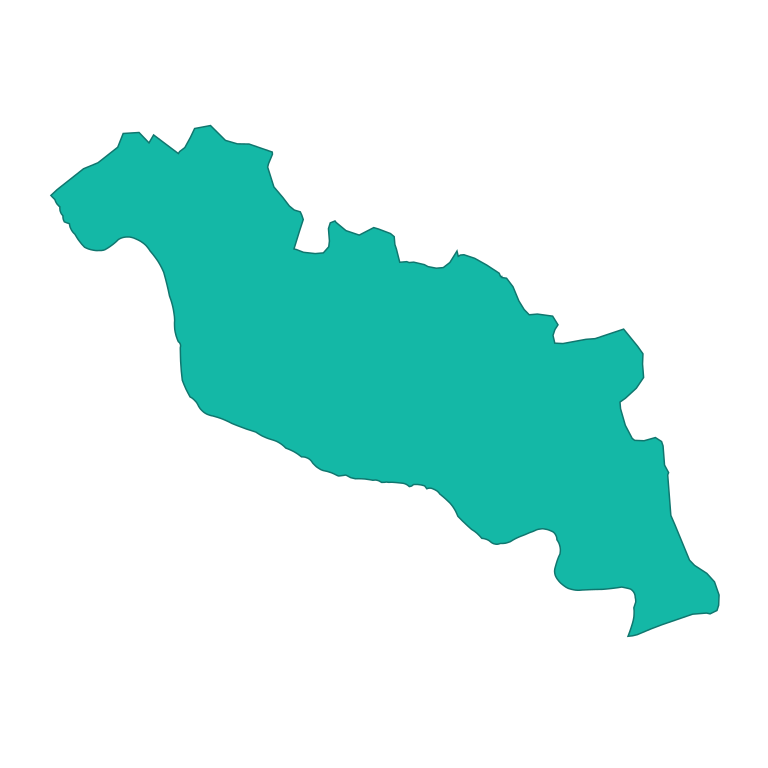 Talkha, Ad Daqahliyah, Egypt (Robinson projection), rotated 85°
{"feature_id": "37247803B18011904824806", "entity_name": "Talkha", "entity_type": "district", "adm_level": 2, "iso_a3": "EGY", "parent_name": "Egypt", "parent_adm1": "Ad Daqahliyah", "projection": "robinson", "projection_center": [31.404, 31.109], "detail": "fine", "context": "isolated", "style": "filled", "palette": "teal", "viewbox_px": 768, "rotation_deg": 85, "n_neighbors": 0, "source": "geoboundaries", "source_scale": "gbopen_adm2", "svg_char_len": 6160}
<svg xmlns="http://www.w3.org/2000/svg" viewBox="0 0 768 768"><g transform="rotate(85 384 384)"><path d="M350.2,140.5L357.2,169.7L357.1,179.0L359.3,202.2L358.2,210.3L350.3,211.4L344.7,209.0L340.2,205.5L331.1,210.1L327.7,225.1L327.7,233.3L322.0,237.9L313.0,242.4L298.4,247.0L289.3,252.7L288.2,257.3L287.1,257.3L287.1,258.5L283.7,259.6L274.6,271.1L266.7,282.7L262.2,293.1L262.2,296.6L263.3,298.9L257.9,299.7L268.7,307.8L273.2,314.8L273.2,321.8L270.9,329.9L268.6,333.4L265.2,343.8L265.2,348.4L264.1,350.7L264.1,357.7L250.5,359.9L246.0,361.0L238.1,361.0L234.7,364.4L229.1,376.0L227.3,380.6L233.5,395.7L227.9,408.5L218.8,417.7L217.3,418.6L218.8,423.5L224.4,425.8L236.8,425.9L242.5,427.1L248.1,433.0L248.1,441.1L245.8,452.7L242.4,459.6L241.6,461.9L224.4,454.9L213.1,450.1L208.6,451.2L205.2,452.4L202.9,458.2L198.4,462.8L189.4,468.5L178.1,476.5L157.8,481.0L154.4,479.8L145.4,475.1L143.2,475.1L133.2,497.5L132.0,509.1L127.5,520.7L111.4,534.3L113.0,550.4L121.2,555.2L131.1,561.8L134.6,567.3L136.5,568.8L115.8,591.8L123.3,597.1L112.1,606.1L111.7,622.0L124.9,628.6L138.7,649.7L139.0,650.7L143.4,664.6L161.8,692.6L167.1,699.4L169.1,697.9L171.6,695.8L173.1,695.4L174.2,695.0L175.3,694.5L176.3,694.0L177.7,692.9L178.6,692.2L179.3,691.4L180.3,691.6L181.3,691.6L182.9,691.6L183.9,691.4L185.3,691.0L186.3,690.6L187.1,690.1L188.4,689.2L190.3,689.3L191.7,689.2L193.0,688.9L194.6,688.3L195.8,685.9L196.9,683.4L198.7,683.3L200.5,683.0L202.2,682.4L203.9,681.7L204.9,681.1L205.9,680.5L206.9,679.7L207.8,678.9L211.3,677.2L213.4,676.1L215.5,674.8L218.4,672.9L221.6,670.4L222.6,668.8L223.7,666.7L224.6,664.4L225.3,662.1L225.9,659.7L226.1,658.1L226.2,655.8L226.4,654.1L226.3,652.6L226.2,651.6L225.8,650.1L224.3,647.0L223.2,645.0L221.4,642.0L220.1,640.1L218.8,638.3L216.9,636.0L216.1,634.2L215.7,633.0L215.4,631.7L215.2,630.4L215.1,629.1L215.1,627.7L215.2,626.4L215.3,625.1L215.6,623.8L216.0,622.6L216.7,620.7L217.3,619.6L218.0,618.3L219.0,616.5L219.9,615.1L220.8,613.8L221.9,612.5L222.9,611.3L224.1,610.1L225.3,609.0L227.3,607.6L229.4,606.3L231.1,605.4L234.7,602.9L238.2,600.7L241.8,598.6L245.5,596.8L249.3,595.2L253.5,593.7L260.7,592.4L266.3,591.5L271.9,590.7L277.7,590.0L281.1,589.1L283.8,588.5L286.5,588.0L289.2,587.6L291.9,587.3L294.6,587.1L298.7,586.9L302.4,587.0L305.0,587.4L308.0,587.6L311.0,587.7L313.9,587.5L315.9,587.2L317.9,586.9L319.9,586.4L321.8,585.9L323.9,585.2L324.4,584.7L324.9,584.2L325.8,583.7L326.8,583.4L327.4,583.3L328.5,583.3L329.1,583.5L329.8,583.7L330.6,583.8L338.3,584.3L343.5,584.6L348.6,584.7L353.7,584.8L362.7,584.6L367.4,583.2L371.9,581.7L376.3,579.9L380.0,578.3L380.9,576.9L381.8,575.9L382.8,574.9L384.4,573.6L386.0,572.4L387.2,571.8L388.5,571.2L390.1,570.6L392.5,569.3L393.6,568.5L394.7,567.6L396.2,566.2L397.1,565.2L397.9,564.1L398.7,562.9L399.6,561.0L400.4,559.1L400.9,557.3L401.8,555.0L402.8,552.4L403.9,549.9L405.1,547.4L406.4,545.0L408.4,541.5L410.0,539.0L412.5,534.1L414.7,529.5L416.9,524.9L418.9,520.1L420.7,515.9L422.5,513.6L423.9,511.7L425.2,509.8L426.3,507.8L427.4,505.8L428.4,503.7L430.5,498.6L431.2,497.1L432.0,495.6L433.4,493.5L434.4,492.2L435.5,490.9L437.2,489.2L439.3,487.4L440.3,485.3L441.3,483.4L442.4,481.5L443.5,479.7L444.8,477.9L446.1,476.2L447.5,474.6L449.4,472.5L449.6,470.5L450.0,469.0L450.7,467.5L451.2,466.5L451.8,465.6L452.8,464.4L454.0,463.4L454.9,462.8L456.4,462.0L457.1,461.5L458.3,460.5L459.5,459.5L460.6,458.5L461.6,457.3L463.0,455.5L463.9,454.2L464.8,452.4L465.6,449.9L466.2,448.0L467.0,446.1L467.8,444.2L469.2,441.6L471.1,438.5L471.5,437.7L471.7,437.0L471.5,431.6L471.3,430.7L471.7,429.4L474.4,425.3L475.9,420.8L476.1,417.6L476.6,413.7L477.0,411.1L477.6,408.6L478.2,406.0L478.9,403.5L478.9,401.9L478.9,400.9L479.1,399.9L479.6,398.5L480.2,397.2L481.8,395.0L482.0,392.0L481.9,390.9L481.9,389.7L482.3,388.5L482.6,384.4L483.3,380.1L484.5,373.8L485.0,372.3L485.5,371.3L486.0,370.4L487.0,369.1L488.4,367.7L488.3,366.7L488.1,365.6L487.6,364.6L486.8,363.5L486.7,363.1L487.0,359.3L487.8,355.7L489.0,352.4L492.1,350.5L491.8,349.3L491.7,348.5L491.7,347.6L491.8,346.8L492.0,346.0L492.3,345.2L493.7,342.6L494.6,341.3L495.2,340.5L496.0,339.7L497.3,338.7L498.6,337.9L501.3,335.1L503.8,332.7L508.3,328.7L510.0,327.5L511.7,326.4L513.5,325.4L515.3,324.5L517.1,323.7L519.0,323.0L522.3,321.9L527.6,317.5L533.0,312.7L536.4,309.5L537.5,308.1L538.7,306.6L540.7,304.5L542.2,303.2L543.6,302.0L546.3,300.0L546.5,298.8L546.8,297.7L547.2,296.6L547.9,295.0L548.5,294.0L549.1,293.1L549.9,292.2L551.0,291.1L551.6,290.4L552.1,289.6L552.6,288.8L552.9,287.9L553.2,287.0L553.4,286.1L553.5,285.1L553.4,283.7L553.0,282.0L553.2,279.5L553.2,277.3L553.0,275.8L552.7,274.4L552.1,272.0L550.5,268.8L549.5,266.5L548.6,264.1L547.8,261.7L546.4,256.8L544.7,251.7L543.9,248.6L543.3,246.8L542.5,244.6L542.2,243.0L542.1,241.2L542.0,239.1L542.2,237.6L542.6,236.2L543.2,234.0L543.8,232.6L544.5,231.2L545.6,229.2L546.4,228.1L547.3,227.3L548.6,226.5L549.9,225.9L551.3,225.5L552.3,225.3L553.3,225.3L554.3,225.3L555.7,224.5L556.9,224.0L558.1,223.5L559.4,223.2L561.6,222.8L563.8,222.7L565.1,222.8L566.4,223.0L568.7,223.5L571.4,225.1L574.7,226.7L578.1,228.1L582.6,229.8L583.7,230.1L585.3,230.4L587.0,230.4L588.2,230.3L589.8,230.0L591.4,229.4L593.1,228.6L594.5,227.7L595.9,226.8L597.8,225.3L599.6,223.5L600.7,222.3L602.3,220.4L603.2,219.0L603.7,218.2L604.3,216.7L604.9,215.1L605.6,212.8L606.0,211.2L606.4,208.8L606.5,207.1L606.5,204.5L606.8,197.2L607.1,191.5L607.6,184.3L607.6,179.8L607.5,174.6L607.3,169.4L607.0,164.8L608.2,160.8L609.0,158.3L609.8,156.2L610.8,155.1L611.6,154.4L612.4,153.8L613.3,153.3L614.2,152.9L615.2,152.6L616.1,152.4L617.1,152.3L618.7,152.3L620.5,152.1L623.1,152.2L628.7,154.6L631.8,154.6L634.7,154.9L637.5,155.3L639.4,155.8L641.2,156.3L644.0,157.3L648.6,159.2L652.0,160.7L656.6,162.9L656.5,158.3L655.8,153.6L651.3,139.6L648.0,128.0L640.2,96.6L640.3,82.7L641.4,79.2L638.6,72.0L633.6,69.9L623.4,68.6L609.9,72.0L600.8,78.9L591.8,90.4L586.1,95.0L549.5,106.5L539.9,109.7L499.3,109.3L497.1,108.2L489.2,111.6L470.0,111.4L465.5,112.5L461.0,118.3L463.2,129.9L462.0,139.2L459.8,141.5L446.2,147.2L429.3,150.5L422.6,150.5L419.2,144.7L410.2,133.0L400.1,124.8L386.6,124.7L376.5,123.4L368.6,128.0L350.2,140.5Z" fill="#14b8a6" stroke="#0f766e" stroke-width="1.5"/></g></svg>